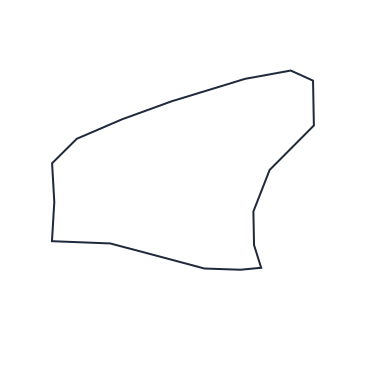 SVG path tracing the border of Anse-la-Raye, rotated 253°
{"feature_id": "LCA-5076", "entity_name": "Anse-la-Raye", "entity_type": "Quarter", "adm_level": 1, "iso_a3": "LCA", "parent_name": "Saint Lucia", "parent_adm1": "", "projection": "robinson", "projection_center": [-61.018, 13.927], "detail": "fine", "context": "isolated", "style": "outline", "palette": "slate", "viewbox_px": 384, "rotation_deg": 253, "n_neighbors": 0, "source": "natural_earth", "source_scale": "10m", "svg_char_len": 387}
<svg xmlns="http://www.w3.org/2000/svg" viewBox="0 0 384 384"><g transform="rotate(253 192 192)"><path d="M99.3,236.0L103.5,215.6L115.2,181.5L166.7,98.8L185.9,43.7L222.7,57.4L260.4,66.6L276.6,97.4L282.0,146.6L284.7,198.9L284.7,229.6L284.7,275.8L279.3,321.9L263.1,340.3L220.0,328.0L190.4,272.7L155.4,245.0L123.1,235.8L99.3,236.0Z" fill="none" stroke="#1e293b" stroke-width="2"/></g></svg>